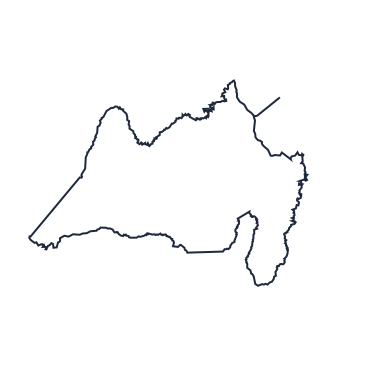 the district of Mufumbwe, North-Western, Zambia, rotated 122°
{"feature_id": "96606910B54849868159577", "entity_name": "Mufumbwe", "entity_type": "district", "adm_level": 2, "iso_a3": "ZMB", "parent_name": "Zambia", "parent_adm1": "North-Western", "projection": "orthographic", "projection_center": [25.2, -13.766], "detail": "fine", "context": "isolated", "style": "outline", "palette": "slate", "viewbox_px": 384, "rotation_deg": 122, "n_neighbors": 0, "source": "geoboundaries", "source_scale": "gbopen_adm2", "svg_char_len": 6028}
<svg xmlns="http://www.w3.org/2000/svg" viewBox="0 0 384 384"><g transform="rotate(122 192 192)"><path d="M76.7,213.4L75.2,215.4L75.8,216.0L77.6,216.3L79.8,217.6L80.5,217.2L82.3,218.3L84.8,216.3L85.9,216.1L86.7,219.0L88.3,219.1L89.7,216.7L92.5,218.5L93.4,217.7L95.1,217.6L93.6,215.6L95.6,214.3L96.0,212.9L95.5,212.2L96.6,211.2L97.8,212.3L98.6,214.5L100.6,215.5L102.3,218.3L103.6,219.3L105.5,219.4L104.9,221.1L105.3,221.8L107.2,220.7L107.3,221.7L108.6,222.9L108.6,221.8L109.8,221.9L110.6,221.4L110.2,219.4L108.7,218.6L110.5,217.4L111.2,219.1L112.4,219.0L113.1,218.2L113.5,219.9L112.8,220.2L112.8,222.3L115.5,226.4L117.3,224.1L115.6,224.1L116.0,223.3L114.8,221.5L114.7,220.2L116.3,220.6L116.4,219.7L117.5,219.1L118.7,219.4L118.6,218.4L120.0,218.0L120.6,219.8L121.9,219.2L121.8,220.6L123.5,221.2L124.0,222.6L125.2,222.8L125.1,223.9L126.5,223.7L126.6,226.9L127.1,227.3L127.7,226.3L129.1,226.7L129.5,233.5L128.7,235.0L127.9,234.7L127.8,236.5L129.9,237.1L130.1,238.0L129.4,238.9L131.9,239.6L131.5,240.9L133.1,240.0L134.9,240.0L135.1,241.2L136.1,242.4L136.9,242.2L137.8,244.1L139.3,243.5L140.4,243.9L141.1,243.2L144.1,244.4L144.6,245.3L149.1,245.4L151.4,246.7L151.4,247.8L153.6,247.9L154.0,248.7L154.9,248.5L157.0,249.4L158.4,251.0L160.7,249.6L163.9,251.0L164.6,250.6L164.8,251.3L165.8,250.6L166.4,252.3L167.5,251.5L169.2,252.5L168.7,251.7L169.1,251.2L170.4,252.1L171.9,251.1L172.8,252.0L175.7,252.5L175.5,254.1L174.5,254.3L173.9,255.3L175.9,255.3L176.2,257.0L175.2,257.7L178.3,259.3L178.1,259.8L177.2,259.6L176.9,261.3L179.3,261.9L179.1,264.5L177.0,264.5L176.0,265.3L176.6,266.2L176.0,267.2L176.4,268.5L174.8,268.8L175.1,269.6L173.5,270.8L173.2,272.7L171.5,274.0L171.4,278.6L169.1,279.9L168.5,281.4L165.2,282.9L165.2,285.2L162.7,286.6L160.5,289.0L159.4,294.0L158.5,294.2L159.4,296.3L158.5,298.0L160.1,298.1L159.2,300.4L160.0,302.2L162.5,303.5L163.5,305.0L168.6,307.4L175.2,306.9L177.0,307.8L177.3,307.3L180.3,307.9L181.6,306.2L184.8,305.7L186.8,306.6L192.0,303.8L196.2,303.4L196.5,302.5L198.3,302.7L199.7,302.0L201.9,302.5L204.1,300.8L207.4,301.4L208.5,300.6L210.0,301.5L213.0,301.2L213.9,301.8L214.6,301.1L219.0,300.4L228.8,295.0L235.3,295.0L236.5,294.6L237.2,293.4L238.4,293.3L239.2,294.9L315.2,305.3L315.7,306.2L317.1,305.7L318.2,303.2L318.6,298.7L317.2,297.4L318.8,293.9L316.5,292.4L315.6,291.2L316.4,290.4L315.3,289.6L316.5,288.4L317.2,288.7L316.1,286.9L317.0,285.8L318.1,285.8L317.9,285.1L314.0,285.6L312.4,284.5L309.9,284.2L309.7,282.3L312.7,280.0L310.7,277.4L305.7,278.9L304.6,278.0L303.2,278.0L301.3,279.5L296.8,277.1L295.2,273.0L290.9,270.5L287.7,264.5L285.1,262.7L282.7,259.4L279.2,257.4L275.4,252.4L274.0,252.4L272.7,251.1L270.6,250.7L267.8,245.8L267.6,243.8L266.4,242.5L265.9,239.5L267.2,236.7L267.2,236.0L265.7,234.6L266.1,233.8L265.6,233.4L266.5,231.8L266.6,229.0L265.8,227.1L264.3,227.1L264.4,226.3L263.3,225.6L263.9,225.1L263.0,222.4L263.7,221.4L263.5,220.2L260.1,214.8L258.0,213.8L257.4,212.1L254.2,209.2L252.8,208.8L252.7,207.9L250.8,208.1L250.4,207.4L250.9,206.7L250.1,206.3L249.2,203.3L247.6,201.1L247.8,200.2L246.4,198.9L246.4,198.2L244.0,196.7L244.5,196.1L244.4,194.7L243.7,194.3L244.0,193.7L242.2,192.4L242.0,191.4L242.9,190.5L242.8,189.5L242.3,189.4L242.4,187.5L241.8,187.1L242.8,184.7L242.3,183.9L243.5,183.1L243.4,181.7L244.6,180.4L248.1,179.4L246.0,174.8L243.1,174.0L242.8,173.4L243.3,168.9L244.8,167.4L244.7,165.7L245.9,163.8L226.1,134.2L223.2,134.0L222.8,133.0L221.5,132.3L221.1,130.8L218.6,130.3L217.4,131.0L214.1,130.9L211.8,129.5L210.7,130.2L204.5,131.4L204.4,132.2L202.9,132.4L202.6,134.2L201.4,135.0L199.9,135.3L198.3,134.6L197.7,135.5L196.6,135.1L195.9,135.7L194.2,135.3L191.8,136.6L191.3,137.2L191.7,137.7L191.0,137.8L190.4,139.1L178.2,132.9L179.5,132.4L179.9,130.2L181.1,129.5L180.7,128.8L181.4,128.1L181.2,127.3L180.1,127.1L179.5,125.9L179.9,124.2L181.2,123.2L180.5,122.8L180.7,122.1L183.0,121.2L182.9,120.6L184.1,120.6L184.0,120.0L185.3,118.5L188.3,118.7L188.7,117.4L191.0,119.3L194.5,117.1L195.7,117.2L199.1,115.2L200.3,115.2L201.4,114.1L202.1,114.4L206.0,112.4L207.5,112.6L208.0,111.9L210.6,111.5L213.5,111.6L213.6,110.9L216.8,110.9L217.2,110.3L218.4,111.0L219.3,111.0L220.0,110.2L220.8,110.6L222.6,108.4L223.1,108.5L223.5,107.2L227.0,105.0L227.5,100.9L229.8,98.6L229.6,97.5L231.0,94.8L236.4,89.7L236.5,86.3L233.1,83.8L232.4,82.0L230.9,81.0L230.5,78.9L227.6,78.2L225.8,76.7L222.6,76.6L220.3,77.5L218.6,76.5L215.5,78.9L212.4,78.8L211.1,79.5L211.0,80.2L209.5,80.5L208.6,79.0L206.9,79.2L205.8,78.4L205.3,76.8L204.3,76.1L202.2,76.2L201.4,77.3L200.1,77.5L199.8,78.4L197.0,77.7L194.4,78.1L190.1,80.0L189.4,80.8L189.8,81.0L188.9,81.3L189.3,82.0L187.6,82.9L187.7,83.9L186.4,84.5L186.2,85.7L185.6,85.4L184.7,86.5L183.2,86.5L183.5,87.3L182.7,87.4L182.3,88.8L180.5,89.4L178.9,91.6L177.9,91.5L177.2,90.5L176.3,90.6L175.5,89.8L174.9,90.3L172.4,89.9L171.2,90.6L168.2,89.9L167.3,90.5L164.8,88.2L162.7,88.1L162.5,89.0L163.2,89.6L163.5,91.7L162.5,90.6L161.1,91.4L161.1,93.3L159.6,92.0L158.6,93.0L157.5,92.7L155.9,93.9L155.9,94.9L154.8,94.8L153.9,95.5L153.7,97.4L150.9,95.2L147.6,96.3L146.9,94.7L144.1,95.8L143.5,98.4L142.4,99.1L141.4,99.0L141.4,97.9L139.6,96.7L137.8,97.2L137.6,97.8L137.2,97.5L135.9,98.2L136.7,99.6L135.8,100.1L135.9,100.8L134.2,101.1L133.7,101.8L130.1,101.3L128.6,102.4L127.2,102.4L129.3,105.1L128.0,105.7L127.8,104.6L126.4,104.0L125.3,105.4L125.7,106.5L122.1,103.6L122.2,101.6L120.8,100.8L120.2,102.1L121.2,103.4L118.6,103.4L119.6,104.1L117.8,105.3L116.5,104.2L116.9,106.0L115.0,106.2L114.4,107.7L111.3,109.1L108.9,112.8L109.7,114.6L107.1,114.5L103.9,117.0L101.5,117.2L101.3,118.8L102.8,118.3L103.9,121.1L102.4,123.6L106.4,123.8L109.1,126.4L111.2,126.3L112.0,125.4L110.9,136.7L114.4,136.7L116.7,141.3L118.6,142.8L119.5,144.6L116.0,149.8L115.0,156.0L114.0,158.3L112.5,159.2L112.4,161.3L113.1,163.6L112.0,167.1L109.2,169.2L107.4,171.9L98.1,176.4L95.1,179.8L92.9,177.2L65.2,167.6L92.9,177.2L95.1,179.8L94.2,180.9L93.5,183.7L93.1,188.7L90.2,194.0L90.1,199.1L88.6,202.7L87.6,204.2L84.3,206.3L83.8,207.4L82.1,208.0L79.7,211.2L76.7,213.4Z" fill="none" stroke="#1e293b" stroke-width="2"/></g></svg>